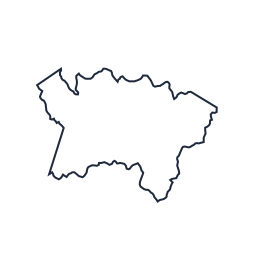 Itapiúna, Ceará, Brazil, rotated 339°
{"feature_id": "56859067B46365761499950", "entity_name": "Itapiúna", "entity_type": "district", "adm_level": 2, "iso_a3": "BRA", "parent_name": "Brazil", "parent_adm1": "Ceará", "projection": "robinson", "projection_center": [-38.958, -4.601], "detail": "fine", "context": "isolated", "style": "outline", "palette": "slate", "viewbox_px": 256, "rotation_deg": 339, "n_neighbors": 0, "source": "geoboundaries", "source_scale": "gbopen_adm2", "svg_char_len": 3081}
<svg xmlns="http://www.w3.org/2000/svg" viewBox="0 0 256 256"><g transform="rotate(339 128 128)"><path d="M86.6,48.7L58.5,55.4L58.9,57.1L59.0,59.3L59.8,60.6L61.2,62.8L59.7,64.3L58.2,65.9L57.0,67.3L57.1,69.0L57.9,71.1L59.3,72.3L59.6,74.5L59.7,76.4L59.1,78.0L58.7,80.1L58.0,82.3L58.4,84.8L59.2,86.6L59.7,88.4L59.4,90.0L58.6,91.7L60.1,92.9L62.2,92.8L62.1,94.4L63.0,95.9L63.2,97.8L65.5,97.5L65.6,99.6L66.6,101.1L67.4,103.0L68.0,104.9L37.8,142.9L39.4,142.6L41.2,142.1L41.6,143.8L41.4,145.9L42.3,148.1L43.4,149.3L45.0,151.1L47.4,150.6L49.2,149.4L50.6,148.2L51.7,149.9L53.1,151.7L54.8,150.6L56.6,149.7L58.3,149.8L60.0,149.4L62.1,150.1L63.7,153.0L64.9,155.3L66.3,156.4L68.1,157.7L70.3,156.9L71.7,156.0L73.4,154.7L74.6,152.8L75.6,151.2L77.1,150.2L78.8,150.1L81.0,149.9L83.3,150.9L85.4,152.1L87.5,151.9L88.4,150.2L90.5,151.1L93.6,151.4L95.5,153.2L97.6,155.8L100.2,155.7L101.9,154.2L103.6,153.8L104.5,155.0L105.1,157.2L106.5,157.6L108.0,157.7L109.6,158.7L111.7,160.2L112.5,162.4L112.2,165.5L113.7,166.7L115.2,166.6L117.1,165.3L119.0,164.5L124.5,164.4L125.1,166.5L125.6,168.2L125.6,170.0L125.4,172.6L126.2,175.1L125.2,176.5L120.5,181.8L119.2,183.8L118.7,185.3L118.7,187.1L120.9,190.6L122.6,192.1L124.6,192.9L125.6,194.6L126.2,196.4L127.5,198.1L127.9,199.9L127.9,202.1L128.9,205.0L129.4,207.3L131.7,206.6L133.9,206.9L135.9,207.1L137.9,206.7L139.4,206.0L140.1,204.4L141.2,203.1L142.2,201.8L143.6,201.2L145.2,200.4L146.9,197.9L148.7,196.0L150.2,194.7L148.8,191.7L150.7,191.3L155.1,192.1L156.4,190.9L157.8,189.6L159.3,189.1L160.1,186.8L160.5,180.6L162.6,177.3L162.7,174.6L163.6,173.0L165.7,172.0L167.3,170.2L169.3,168.2L171.0,166.4L172.5,165.3L174.5,165.7L177.6,167.8L179.4,168.0L181.6,167.5L183.6,167.3L185.4,166.5L187.2,166.9L188.7,167.8L190.6,167.9L193.6,168.3L194.2,166.7L195.3,164.0L197.0,162.4L198.5,160.8L199.4,157.3L200.2,155.3L202.5,155.2L204.9,154.4L206.2,153.0L207.4,150.3L209.3,150.4L209.4,147.9L210.0,145.1L212.2,143.8L214.5,145.0L216.5,144.8L217.3,142.7L218.2,140.7L199.7,116.8L197.2,116.0L195.3,116.8L193.3,116.7L191.7,115.1L190.4,114.0L188.2,114.2L186.2,114.8L184.8,116.2L183.2,117.1L181.5,117.5L181.5,115.3L181.8,112.6L182.2,110.3L180.8,105.8L181.6,103.8L182.5,102.2L182.3,100.6L181.5,99.1L180.0,98.7L178.2,98.9L176.6,99.5L174.7,99.7L173.2,100.2L170.6,99.4L168.0,99.1L166.8,97.7L166.4,91.8L164.8,86.1L162.6,85.1L160.8,84.4L159.5,85.5L157.6,86.6L155.7,86.8L154.1,86.9L152.2,86.8L150.6,86.7L148.6,85.9L146.0,84.9L143.7,82.7L142.6,80.9L141.4,77.8L139.2,77.8L138.1,79.0L136.3,79.4L134.9,81.1L133.8,78.3L132.8,75.3L132.3,73.3L132.7,70.8L132.7,68.9L130.7,66.9L129.1,65.3L127.8,64.4L126.2,63.8L124.9,64.8L123.4,65.6L120.8,65.1L118.6,65.7L116.0,65.9L114.7,66.8L113.1,68.0L110.7,68.6L107.9,67.5L105.9,66.7L104.9,65.4L103.0,62.9L102.0,61.3L101.6,59.6L98.5,60.8L97.7,62.4L97.3,65.0L96.8,66.8L96.1,68.4L94.8,70.4L93.4,72.3L92.9,73.8L93.7,75.5L94.2,77.1L93.3,78.7L91.1,77.7L90.2,76.1L90.2,74.4L89.1,73.3L88.2,72.0L87.3,70.2L87.1,67.6L87.1,65.1L86.4,63.1L85.7,61.2L84.4,59.8L83.7,57.8L84.0,56.1L83.5,54.2L84.4,51.6L86.1,50.3L86.6,48.7Z" fill="none" stroke="#1e293b" stroke-width="2"/></g></svg>